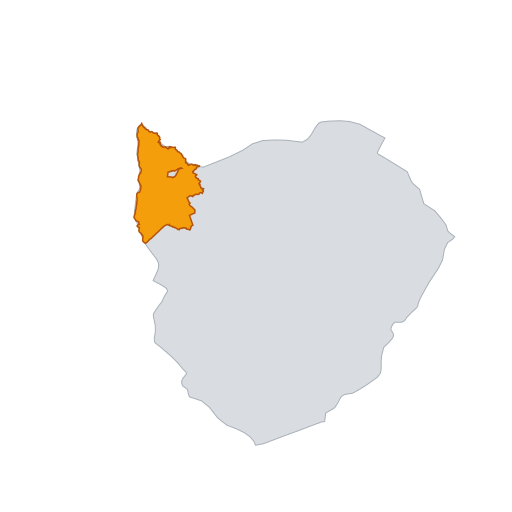 Hwange, Matabeleland North, Zimbabwe shown in context, rotated 29°
{"feature_id": "62879985B77670672881921", "entity_name": "Hwange", "entity_type": "district", "adm_level": 2, "iso_a3": "ZWE", "parent_name": "Zimbabwe", "parent_adm1": "Matabeleland North", "projection": "robinson", "projection_center": [26.512, -18.839], "detail": "fine", "context": "in_parent", "style": "filled", "palette": "amber", "viewbox_px": 512, "rotation_deg": 29, "n_neighbors": 0, "source": "geoboundaries", "source_scale": "gbopen_adm2", "svg_char_len": 8041}
<svg xmlns="http://www.w3.org/2000/svg" viewBox="0 0 512 512"><g transform="rotate(29 256 256)"><path d="M347.4,421.7L343.6,418.9L338.4,417.0L331.7,416.2L323.1,416.6L312.4,418.1L301.0,416.2L288.8,411.0L278.7,409.1L266.6,411.4L266.1,411.5L264.0,409.7L260.7,405.9L255.2,405.2L253.7,404.3L252.4,402.9L251.6,401.0L251.3,399.0L252.3,392.7L251.8,392.0L250.3,391.2L247.3,390.5L240.0,387.6L230.9,384.9L216.0,381.8L210.2,381.0L208.9,380.1L207.2,377.8L204.4,370.5L201.7,365.8L195.4,358.4L194.3,356.1L194.7,350.2L195.2,345.5L195.9,341.5L195.5,337.7L195.5,333.1L195.7,329.9L194.8,328.6L192.5,327.6L185.9,327.2L177.9,327.4L177.6,322.6L176.9,315.3L175.4,311.1L173.5,308.9L169.9,306.6L162.4,303.4L152.3,298.7L143.6,291.6L133.7,282.8L130.6,281.3L126.9,273.0L121.3,258.9L121.7,254.2L120.8,251.9L115.4,244.9L114.2,241.3L113.2,237.7L104.6,227.5L101.6,223.1L99.4,217.4L97.1,212.8L95.2,211.0L92.8,207.9L91.0,204.4L90.3,201.7L90.9,198.2L91.7,195.8L100.0,198.3L104.5,198.5L108.0,197.3L112.3,198.9L117.5,203.5L123.2,204.4L129.3,201.5L137.6,202.4L148.0,207.0L156.6,207.9L166.9,203.8L176.1,192.6L184.8,181.9L193.3,169.7L198.4,159.8L205.9,151.8L215.8,145.6L225.9,140.3L241.4,133.9L244.5,128.6L245.5,122.8L245.6,114.8L246.4,109.6L248.0,107.2L250.6,105.4L253.9,103.0L264.1,96.9L272.6,93.0L283.0,90.4L294.4,90.4L305.3,90.4L311.6,90.3L311.6,98.1L312.0,106.8L313.2,107.6L321.5,107.8L334.7,108.4L347.4,109.0L355.5,115.3L358.2,116.6L366.7,118.3L377.4,128.9L390.4,129.8L399.2,133.1L407.1,136.7L411.6,141.1L414.5,142.0L418.5,142.4L420.4,142.8L419.9,145.9L417.2,151.1L417.5,158.7L421.1,169.2L421.5,178.3L420.2,194.4L420.1,209.9L420.4,215.5L421.0,219.2L421.7,221.2L421.6,223.5L419.4,230.0L417.6,236.9L417.5,239.7L416.8,241.6L415.5,243.3L409.8,246.5L408.8,248.4L408.8,252.0L409.5,255.0L411.6,256.1L414.2,257.8L415.2,260.0L415.1,262.4L414.3,266.7L412.0,274.0L414.2,282.3L416.6,287.6L420.1,293.9L421.5,297.7L421.4,300.5L420.9,303.2L415.5,314.6L411.7,321.6L407.0,329.2L400.8,334.0L399.3,336.3L398.6,338.9L398.8,344.5L398.4,350.5L393.1,359.6L396.3,367.5L395.6,368.2L393.8,369.3L386.2,378.2L378.6,387.2L373.0,393.7L366.6,401.1L359.5,409.5L353.5,416.6L347.4,421.7Z" fill="#d9dde1" stroke="#a8b0b8" stroke-width="1"/><path d="M162.8,204.6L161.6,205.2L161.3,205.2L160.8,205.0L160.4,205.4L160.1,205.5L158.8,205.4L158.6,205.8L158.8,206.2L158.8,206.3L158.6,206.4L157.7,206.3L157.6,206.9L157.5,207.0L156.2,206.7L155.3,206.8L154.6,207.3L154.1,208.1L153.3,208.7L153.0,209.1L153.1,209.4L153.0,209.5L152.2,209.2L151.2,208.5L149.4,208.5L148.9,208.2L149.1,207.7L148.6,207.0L147.9,206.6L147.7,205.5L147.3,205.1L146.5,205.1L145.3,205.3L144.7,205.0L144.1,204.9L143.5,204.1L143.2,204.0L142.9,204.1L142.5,203.5L142.1,203.6L141.6,203.4L141.1,202.8L140.7,202.7L139.6,202.7L138.3,202.3L137.5,202.6L136.9,202.5L136.6,202.7L135.9,201.9L135.6,201.8L133.9,201.8L133.0,200.8L133.1,200.4L132.7,200.0L131.4,200.8L130.8,201.3L130.3,201.4L129.9,201.8L129.4,201.7L129.2,202.0L128.8,201.8L128.0,202.2L127.7,202.1L127.4,202.5L127.2,202.5L127.3,203.1L127.8,203.2L128.0,203.3L127.5,203.8L127.5,204.2L127.4,204.5L127.4,204.8L127.1,205.0L126.6,204.7L126.3,204.9L125.6,204.8L125.2,204.4L124.8,204.8L123.9,204.6L123.6,204.7L123.1,204.8L122.4,205.8L122.1,205.9L121.6,205.8L121.4,205.9L120.8,205.6L119.8,205.8L119.6,205.3L118.7,205.0L118.4,205.1L118.1,204.7L117.6,204.6L117.4,204.1L117.5,203.5L117.0,203.4L116.8,203.0L116.4,203.3L116.1,203.9L115.4,204.3L115.3,204.6L115.2,202.2L115.6,201.4L115.7,200.5L115.1,200.3L114.5,199.8L114.4,199.0L113.8,198.7L113.4,198.3L113.1,198.2L112.6,198.4L112.0,198.0L110.7,197.8L110.5,197.3L110.5,196.8L110.2,196.5L109.9,196.5L109.3,196.7L108.2,197.7L107.1,198.0L106.6,197.9L105.9,198.1L105.5,197.8L104.3,197.8L103.3,198.9L102.7,199.1L102.0,198.9L101.2,198.4L100.2,198.0L99.1,198.6L98.6,198.3L97.6,198.5L96.9,198.1L96.4,197.6L95.6,197.9L93.9,197.2L91.9,195.6L92.0,196.9L91.3,198.3L90.9,199.7L91.0,200.8L90.8,201.3L90.9,201.5L91.5,202.8L91.8,203.1L92.0,203.3L92.2,203.5L92.8,205.2L92.7,206.1L93.4,207.9L94.2,208.9L94.4,209.6L94.9,209.8L96.2,210.4L96.3,210.6L96.3,211.2L96.4,211.4L96.7,211.6L97.3,211.6L97.6,211.8L98.6,213.5L98.8,214.0L98.9,214.4L99.7,215.8L99.7,216.3L99.8,216.5L100.2,216.9L100.5,218.1L100.4,218.5L101.0,219.4L101.7,221.1L102.1,221.3L102.8,223.5L102.8,224.0L103.0,224.5L105.3,227.1L105.6,227.7L106.5,229.2L107.2,229.7L108.1,230.0L108.4,230.2L108.6,231.0L109.1,231.6L109.5,232.6L110.2,233.8L111.4,234.8L112.0,234.9L113.1,235.4L114.1,236.4L114.3,236.9L114.5,238.3L114.8,239.1L115.0,239.4L114.5,240.0L114.6,240.5L114.5,241.1L114.7,242.7L115.2,244.5L115.7,245.3L115.9,246.0L115.8,246.4L116.0,246.8L116.5,247.2L116.9,247.3L117.2,247.7L117.6,247.7L118.0,248.0L118.9,248.8L120.2,249.8L120.8,249.9L121.0,250.1L121.3,250.4L122.0,251.8L122.2,252.4L122.8,253.8L123.3,256.4L122.0,257.9L121.8,258.8L121.9,259.8L122.0,260.1L122.4,261.2L123.2,262.2L125.2,265.1L125.3,265.3L125.3,266.5L125.8,267.1L126.1,267.6L126.5,268.1L126.7,269.4L127.3,270.7L127.6,271.8L128.1,272.6L128.8,275.7L129.5,276.3L129.5,276.8L129.7,277.7L130.0,279.4L130.2,279.7L130.3,280.4L130.6,281.4L131.8,282.2L132.2,282.3L132.6,282.3L133.8,283.4L136.7,283.0L137.3,283.9L137.7,284.3L138.6,284.8L137.9,285.7L137.4,286.7L137.4,287.4L137.8,287.5L138.4,287.9L140.1,287.6L140.3,288.3L140.7,288.7L141.1,290.4L141.8,291.2L142.7,291.7L144.4,291.9L144.7,292.0L145.2,292.4L145.8,292.4L146.3,292.9L147.1,293.2L147.8,293.8L148.1,294.4L148.7,296.3L149.7,297.8L151.7,298.4L153.2,298.4L154.0,296.9L155.1,292.6L155.7,291.8L156.5,289.1L156.9,287.8L157.7,285.5L157.8,284.6L158.5,282.9L159.5,279.6L159.5,279.4L160.2,277.1L160.5,276.8L160.4,276.2L160.6,276.0L160.6,275.8L161.0,275.2L161.2,274.6L161.2,274.3L161.5,273.6L162.8,272.0L163.0,271.6L163.4,271.4L164.3,271.4L164.5,271.3L165.0,271.4L165.7,271.2L165.6,270.9L166.0,271.2L166.4,271.2L168.6,270.7L168.8,270.9L168.9,270.7L169.2,270.8L169.8,270.8L170.3,270.5L170.6,270.6L170.8,270.4L171.4,270.6L171.7,270.3L173.7,270.4L174.7,270.7L175.0,270.5L175.6,270.5L176.0,270.3L175.8,270.0L176.0,269.7L175.9,269.3L176.4,268.8L176.3,268.7L177.4,267.8L177.9,267.8L177.9,267.2L178.8,266.4L179.0,266.3L179.1,266.5L179.8,266.0L180.5,266.0L180.9,266.1L181.2,265.9L181.3,265.5L182.0,265.9L182.6,266.1L183.0,266.0L183.8,265.4L184.7,265.3L185.3,265.5L185.4,265.4L185.3,264.8L185.6,264.6L185.6,264.2L185.4,263.8L185.4,263.2L185.2,262.5L184.9,262.3L184.9,262.0L185.1,261.3L185.0,261.1L185.0,260.9L185.9,259.7L178.1,252.7L181.6,248.0L180.3,245.4L176.4,244.2L173.8,244.0L172.5,243.2L172.7,241.7L172.0,241.8L167.5,238.5L169.2,235.2L170.4,234.7L170.9,234.8L171.1,234.6L171.2,234.8L171.8,234.8L172.0,234.3L171.8,233.9L171.8,233.5L172.0,233.3L172.3,233.2L172.3,232.7L172.7,232.4L173.1,231.7L173.6,231.4L173.7,231.0L174.0,230.8L175.1,230.4L175.5,230.3L176.1,229.6L176.2,228.0L176.8,227.5L177.8,227.1L178.7,227.2L178.5,225.9L178.6,224.9L178.5,224.7L177.8,224.6L177.2,224.3L177.5,223.7L177.5,222.6L176.7,222.8L176.5,223.0L176.3,222.9L175.9,223.0L174.7,223.2L174.4,222.9L174.1,222.3L173.3,221.9L173.1,221.7L172.7,221.7L172.3,220.6L171.6,220.6L171.1,220.6L171.0,219.8L171.3,219.4L171.2,218.8L171.4,218.0L171.1,217.4L170.7,217.4L169.6,217.2L169.2,217.3L168.7,217.2L168.5,217.3L168.3,216.9L167.9,216.9L167.8,216.4L166.9,216.6L166.0,216.5L165.5,216.6L165.4,216.3L164.5,216.0L164.2,215.0L164.8,214.2L164.8,213.6L160.4,213.7L160.2,213.2L159.8,213.0L159.7,212.8L160.2,212.1L160.3,211.7L160.2,211.1L160.4,210.7L160.4,210.2L160.5,209.9L161.2,209.5L161.3,209.3L161.3,209.0L161.2,208.7L161.3,208.1L161.1,207.9L161.4,207.6L161.2,207.4L161.2,206.8L161.0,206.3L162.0,205.9L162.3,205.7L162.7,205.6L162.9,205.0L162.8,204.6ZM145.4,218.1L145.3,217.8L147.1,215.8L147.7,215.2L148.2,215.4L148.5,215.4L147.5,216.2L146.1,217.9L146.1,218.7L146.7,219.5L146.7,222.6L146.5,222.8L146.7,223.1L146.7,223.4L146.9,223.6L146.5,225.7L146.2,226.0L146.3,226.2L146.1,226.4L145.8,226.6L145.7,227.1L145.4,227.5L145.1,228.0L144.9,228.0L144.7,227.7L144.0,227.8L140.1,229.6L138.4,225.2L139.8,224.1L141.2,222.6L141.0,222.4L141.5,221.9L142.1,221.7L142.3,221.3L142.5,221.2L142.7,221.3L143.6,221.3L145.4,218.1Z" fill="#f59e0b" stroke="#b45309" stroke-width="1.5"/></g></svg>